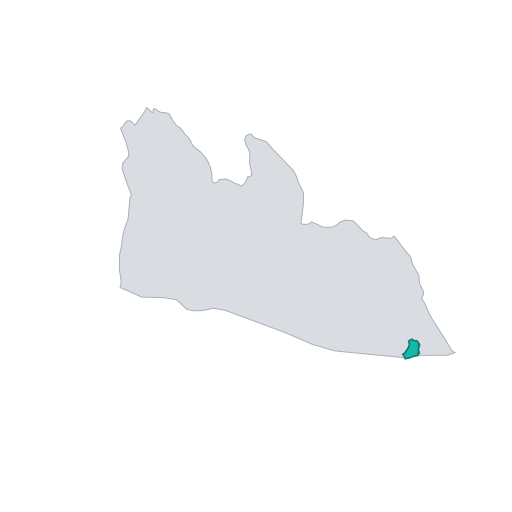 Grand Cess Wedabo, Grand Kru, Liberia shown in context, rotated 330°
{"feature_id": "62588387B28167569470031", "entity_name": "Grand Cess Wedabo", "entity_type": "district", "adm_level": 2, "iso_a3": "LBR", "parent_name": "Liberia", "parent_adm1": "Grand Kru", "projection": "equal_earth", "projection_center": [-8.082, 4.634], "detail": "fine", "context": "in_parent", "style": "filled", "palette": "teal", "viewbox_px": 512, "rotation_deg": 330, "n_neighbors": 0, "source": "geoboundaries", "source_scale": "gbopen_adm2", "svg_char_len": 4436}
<svg xmlns="http://www.w3.org/2000/svg" viewBox="0 0 512 512"><g transform="rotate(330 256 256)"><path d="M122.6,215.4L126.1,211.5L131.2,198.9L138.3,186.9L144.9,179.7L150.1,172.4L155.7,166.7L163.6,160.2L175.8,142.8L178.6,140.8L180.6,128.9L183.6,113.6L187.2,108.9L195.4,106.1L197.3,103.4L200.3,92.7L202.2,80.2L202.4,77.5L205.6,77.1L211.2,74.4L214.4,75.7L215.8,79.3L216.5,82.3L233.4,74.5L234.9,72.9L235.7,73.2L237.9,80.2L239.1,79.8L240.1,77.7L241.2,77.5L242.5,78.5L243.8,81.8L246.0,84.7L249.6,86.8L251.9,89.6L251.7,97.1L252.5,104.4L254.1,106.1L255.0,110.5L255.4,115.3L256.2,117.8L256.9,122.6L256.5,127.8L257.2,131.5L259.9,137.8L261.5,145.7L261.5,151.3L260.6,157.2L258.8,162.6L255.6,168.5L255.4,170.9L257.2,172.4L260.0,172.7L262.4,171.5L268.4,174.2L271.5,178.1L274.2,182.9L276.7,185.3L277.8,188.3L282.1,187.5L287.0,184.6L288.0,183.2L289.5,183.9L292.6,184.2L294.8,179.0L296.6,172.9L300.5,166.4L302.3,163.9L302.8,159.7L303.0,154.3L304.4,149.6L307.6,147.0L311.0,147.1L312.8,148.0L313.7,152.6L316.5,156.0L318.8,158.4L320.0,159.4L322.0,162.1L323.8,171.2L331.1,200.7L330.7,208.9L329.3,214.2L329.3,219.4L328.8,224.6L324.3,233.0L311.2,250.3L312.2,251.8L315.3,253.7L318.5,254.8L321.1,254.2L324.4,258.5L328.0,264.0L331.7,266.8L337.1,269.3L341.9,269.5L345.9,268.6L351.6,269.7L357.6,274.1L359.8,281.6L361.2,288.0L363.3,291.3L363.6,296.9L367.9,301.8L374.0,302.8L382.0,308.5L384.0,308.2L384.9,307.5L385.8,308.6L387.8,325.2L389.4,334.0L388.6,337.6L387.5,340.4L387.4,353.8L383.9,361.6L383.3,370.0L382.3,372.8L378.4,375.2L378.4,381.7L377.4,389.6L377.0,397.9L378.0,419.8L378.3,436.0L380.0,439.1L372.5,437.8L350.5,425.3L333.5,418.2L276.7,377.5L261.0,361.2L242.8,336.8L202.4,287.9L193.2,280.1L181.6,276.2L174.4,272.1L169.4,267.6L165.3,254.0L155.2,245.9L136.6,234.5L122.6,215.4Z" fill="#d9dde1" stroke="#a8b0b8" stroke-width="1"/><path d="M333.7,419.3L333.8,419.4L333.8,419.5L334.0,419.7L334.1,419.8L334.5,419.8L334.9,419.9L335.2,420.0L335.4,420.0L335.5,420.1L335.8,420.2L336.1,420.4L336.3,420.5L336.5,420.5L336.8,420.6L337.0,420.6L337.3,420.8L337.7,420.9L337.8,421.0L338.2,421.0L338.5,421.0L338.9,421.1L339.3,421.2L339.6,421.2L340.0,421.2L340.3,421.3L340.5,421.3L341.0,421.4L341.4,421.5L341.5,421.5L342.0,421.6L342.4,421.7L342.5,421.7L342.8,421.8L343.1,421.9L343.3,421.9L343.6,422.0L344.0,422.1L344.3,422.2L344.5,422.3L345.0,422.4L345.3,422.5L345.6,422.6L345.8,422.7L345.9,422.8L346.1,422.8L346.5,422.9L346.8,422.9L347.0,422.7L347.3,422.3L347.3,422.1L347.4,421.9L347.3,421.7L347.2,421.5L347.2,421.3L347.3,421.2L347.6,421.3L347.7,421.5L347.9,421.8L348.1,421.8L348.4,422.0L348.5,422.0L348.8,422.0L348.8,421.8L348.8,421.7L348.6,421.6L348.5,421.4L348.6,421.2L348.8,421.1L349.0,421.1L349.3,420.9L349.2,420.8L349.0,420.7L348.9,420.6L349.0,420.4L349.3,420.2L349.4,419.9L349.5,419.6L349.5,419.4L349.5,419.1L349.4,418.9L349.3,418.7L349.5,418.5L349.6,418.3L349.7,418.2L349.8,418.2L350.0,418.1L350.1,417.8L350.2,417.7L350.3,417.5L350.5,417.5L350.8,417.4L351.1,417.2L351.3,416.9L351.5,416.6L351.7,416.3L351.7,416.2L351.8,415.9L351.9,415.7L352.0,415.4L352.3,415.1L352.5,415.0L352.5,414.9L352.6,415.0L352.6,414.9L353.0,414.7L353.3,414.4L353.2,414.3L353.2,414.1L353.3,414.0L353.4,413.9L353.5,413.8L353.5,413.6L353.4,413.4L353.3,413.1L353.2,412.9L353.2,412.7L353.1,412.4L353.2,412.1L353.2,411.7L353.4,411.5L353.3,411.3L353.1,411.0L353.0,410.9L352.9,410.8L353.0,410.5L353.0,410.3L352.8,410.0L352.7,409.8L352.8,409.7L352.7,409.6L352.4,409.5L352.2,409.5L352.0,409.3L351.7,409.2L351.4,408.8L351.1,408.6L350.8,408.4L350.7,408.4L350.5,408.2L350.3,408.2L350.1,407.8L350.1,407.4L350.0,407.0L349.9,406.7L349.7,406.3L349.5,406.1L349.3,405.9L349.1,405.9L348.7,405.9L348.2,405.8L347.6,405.8L346.5,405.7L346.3,405.9L346.0,406.1L345.8,406.3L345.5,406.4L345.3,406.5L345.1,406.7L345.0,407.1L345.0,407.5L345.0,408.0L345.1,408.3L345.1,408.6L344.9,408.9L344.8,409.0L344.7,409.2L344.2,409.7L343.2,410.6L342.8,410.9L342.6,411.1L342.3,411.3L341.7,411.6L341.4,411.7L341.1,412.0L341.0,412.3L340.9,412.4L340.6,412.5L340.4,412.7L340.2,412.8L339.9,412.8L339.5,412.7L339.1,412.8L338.7,413.2L338.4,413.4L338.1,413.5L337.7,413.6L337.5,413.9L337.2,414.3L336.9,414.6L336.7,414.6L336.4,414.6L336.2,414.5L335.8,414.4L335.6,414.4L335.3,414.4L335.1,414.4L334.7,414.4L334.3,414.5L334.1,414.4L333.9,414.4L333.9,414.5L333.9,414.9L334.0,415.0L333.9,415.3L334.0,415.5L334.1,415.8L334.1,417.6L334.0,418.0L333.9,418.3L333.8,418.7L333.8,419.1L333.7,419.3Z" fill="#14b8a6" stroke="#0f766e" stroke-width="1.5"/></g></svg>